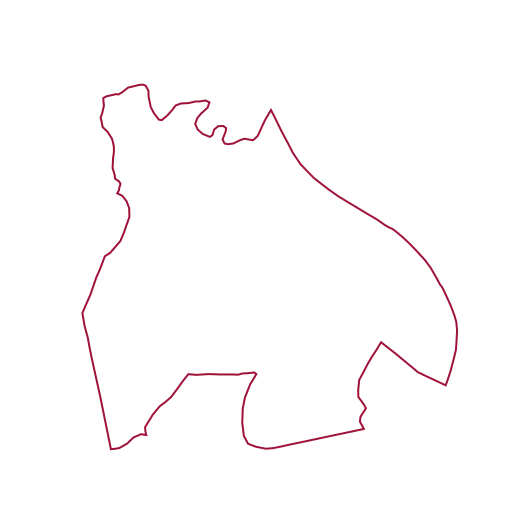 Kracheh, Krâchéh, Cambodia (Mercator projection), rotated 168°
{"feature_id": "14789045B39299844966320", "entity_name": "Kracheh", "entity_type": "district", "adm_level": 2, "iso_a3": "KHM", "parent_name": "Cambodia", "parent_adm1": "Krâchéh", "projection": "mercator", "projection_center": [106.043, 12.483], "detail": "fine", "context": "isolated", "style": "outline", "palette": "rose", "viewbox_px": 512, "rotation_deg": 168, "n_neighbors": 0, "source": "geoboundaries", "source_scale": "gbopen_adm2", "svg_char_len": 2380}
<svg xmlns="http://www.w3.org/2000/svg" viewBox="0 0 512 512"><g transform="rotate(168 256 256)"><path d="M211.0,395.7L219.4,386.5L225.7,378.0L229.3,373.2L232.2,371.3L235.0,369.9L242.8,373.1L247.6,372.6L254.6,370.8L259.8,371.1L263.3,372.5L264.5,376.9L259.6,384.4L258.6,387.2L261.0,390.0L266.0,390.8L270.5,388.5L273.6,383.2L276.4,382.1L282.8,386.5L286.8,392.0L288.0,397.8L284.9,402.9L280.5,406.5L272.5,411.2L269.6,416.0L273.0,418.6L279.2,418.9L282.8,419.7L290.0,419.6L298.0,420.8L303.4,419.9L307.6,416.2L313.7,411.8L319.9,408.5L322.7,409.6L326.2,417.1L328.0,423.6L327.9,434.6L326.8,440.1L328.6,445.6L331.3,447.3L335.0,447.6L346.2,447.3L352.8,444.0L356.9,442.6L359.1,443.4L368.9,443.3L372.5,442.3L372.9,440.2L373.5,434.7L376.6,427.9L379.2,423.6L379.1,418.8L379.2,414.0L375.4,408.4L372.6,401.0L372.3,398.0L372.3,392.4L373.4,387.2L375.5,381.3L378.0,371.8L377.4,364.8L377.7,360.8L374.5,357.5L373.5,354.7L375.4,351.4L376.4,348.8L378.7,346.2L374.2,342.6L371.2,336.4L370.1,329.2L371.7,320.6L374.1,316.6L376.0,313.6L380.3,306.4L385.6,298.8L398.0,289.4L403.9,287.2L406.6,282.9L411.9,274.7L416.3,268.8L426.1,252.5L434.4,241.0L437.7,236.2L438.2,223.2L437.5,210.9L437.8,201.8L437.9,189.4L437.6,150.8L438.1,97.2L436.1,97.0L433.8,96.7L429.5,96.6L421.1,99.3L413.5,104.0L405.5,105.6L400.6,103.7L400.6,107.7L400.1,111.6L394.9,117.1L389.8,122.4L381.6,128.9L374.8,132.1L368.4,135.7L362.1,141.1L352.7,149.6L346.7,154.5L345.0,153.9L338.8,152.1L326.6,150.3L315.4,147.5L304.4,145.2L298.0,143.6L294.0,143.9L287.8,143.0L281.9,142.4L280.2,140.4L282.5,137.9L288.4,131.7L296.1,120.1L300.6,109.8L304.1,95.9L305.3,82.6L302.8,74.0L295.7,69.4L286.3,65.4L279.0,64.5L270.1,64.4L264.6,64.5L186.5,64.4L187.1,66.8L188.8,72.4L187.1,77.2L184.3,80.0L180.1,84.2L181.6,88.9L185.2,96.8L184.0,103.3L180.8,113.3L175.8,119.2L168.7,127.8L163.2,133.7L157.0,139.8L151.6,145.6L138.8,130.3L123.8,111.3L122.0,108.9L114.6,103.1L105.8,96.5L97.4,90.1L94.4,94.7L89.2,103.8L84.2,113.8L80.0,122.5L77.6,130.8L74.8,141.5L73.8,149.6L74.3,156.9L76.1,168.3L77.4,174.0L79.5,183.4L80.7,187.5L81.9,189.6L83.9,196.7L87.5,207.9L91.5,216.7L97.5,227.0L103.2,236.1L107.8,242.8L112.8,249.4L117.0,254.2L119.8,256.2L123.8,259.8L129.9,266.4L138.9,274.6L153.0,287.8L162.6,296.8L170.7,305.5L183.0,320.0L185.4,323.8L189.3,329.9L193.4,336.6L198.5,349.2L201.4,360.0L205.0,372.4L209.0,388.3L211.0,395.7Z" fill="none" stroke="#9f1239" stroke-width="2"/></g></svg>